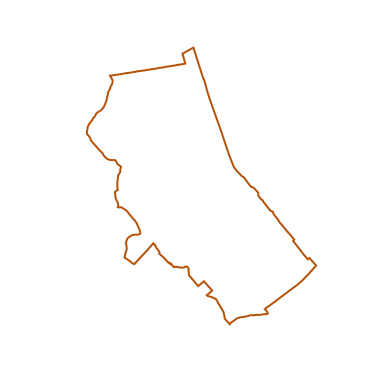 Lat Krabang, Bangkok Metropolis, Thailand, rotated 230°
{"feature_id": "78962969B46231034587858", "entity_name": "Lat Krabang", "entity_type": "district", "adm_level": 2, "iso_a3": "THA", "parent_name": "Thailand", "parent_adm1": "Bangkok Metropolis", "projection": "orthographic", "projection_center": [100.783, 13.745], "detail": "fine", "context": "isolated", "style": "outline", "palette": "amber", "viewbox_px": 384, "rotation_deg": 230, "n_neighbors": 0, "source": "geoboundaries", "source_scale": "gbopen_adm2", "svg_char_len": 5912}
<svg xmlns="http://www.w3.org/2000/svg" viewBox="0 0 384 384"><g transform="rotate(230 192 192)"><path d="M304.0,273.5L302.5,272.9L296.9,270.4L294.7,269.4L296.8,265.5L298.0,263.7L299.3,261.4L299.7,260.6L300.0,260.1L300.2,259.7L301.3,258.2L301.5,257.6L302.0,256.8L302.8,255.7L303.0,255.2L303.3,254.7L304.9,252.2L305.3,251.4L306.3,249.6L306.7,248.8L307.0,248.4L307.4,247.7L307.7,247.4L308.1,246.7L308.8,245.6L308.8,245.4L309.7,243.6L310.1,243.2L310.5,242.4L311.2,241.4L311.7,240.5L313.8,237.0L314.4,236.1L314.9,235.4L315.0,235.2L315.0,234.8L315.1,234.5L315.9,233.5L316.1,233.3L317.0,231.6L317.2,231.3L318.5,229.3L319.8,227.3L320.2,226.5L320.9,225.2L322.1,223.1L325.7,217.3L326.8,215.4L329.3,211.1L329.7,210.6L330.0,210.2L330.6,209.1L331.5,207.6L333.8,204.0L332.6,203.7L331.7,203.6L330.6,203.4L329.2,203.1L328.6,202.9L328.1,202.6L327.2,201.8L326.3,200.5L325.8,199.6L325.6,199.2L325.2,197.7L324.9,197.1L324.5,196.4L324.3,196.2L324.0,196.1L322.3,191.7L321.2,190.6L318.0,186.5L317.7,186.0L316.4,184.1L316.0,183.4L315.7,182.8L314.4,180.4L313.7,178.7L313.4,177.8L313.5,177.4L313.4,177.0L313.2,176.2L313.1,174.5L313.2,173.8L313.4,172.6L313.6,171.5L313.7,170.3L313.6,169.7L313.6,169.3L313.3,168.3L312.8,167.4L312.3,166.1L312.3,165.7L312.2,165.2L312.1,164.6L312.2,164.4L312.2,164.2L312.1,163.6L311.5,162.4L311.1,161.3L310.9,160.8L310.8,160.4L310.8,159.6L310.8,159.1L310.4,157.8L309.2,154.5L308.8,153.8L307.2,152.1L306.5,151.3L306.1,150.7L305.3,149.9L304.3,149.1L304.1,148.8L301.9,148.9L301.1,148.9L300.7,148.9L299.7,148.9L298.6,148.6L298.3,148.5L297.7,148.1L296.9,147.9L296.1,147.7L295.6,147.7L290.6,147.8L289.4,147.9L285.5,147.9L283.8,148.0L283.6,148.0L283.5,147.9L281.1,148.2L279.7,148.4L276.9,147.9L275.9,147.9L274.1,147.9L273.2,148.1L272.0,148.3L269.4,149.6L267.5,151.7L266.2,153.2L265.9,153.5L265.7,153.7L265.2,153.7L263.1,153.3L262.0,153.1L261.1,152.9L259.0,153.4L257.9,153.8L257.5,153.9L257.2,153.9L256.9,153.7L256.5,153.3L256.3,152.8L256.0,152.5L255.6,151.8L254.3,150.7L253.5,149.9L252.9,148.5L252.1,145.9L251.6,145.4L250.9,144.9L249.6,143.4L248.9,142.5L247.6,141.2L246.6,140.3L246.1,140.1L245.7,139.7L244.9,139.0L244.0,138.1L243.3,137.7L242.7,137.4L241.8,136.8L241.3,136.4L241.5,135.8L241.5,134.1L241.6,133.8L241.7,133.4L241.5,133.0L239.6,131.6L236.3,129.5L234.4,128.9L233.9,128.7L233.1,128.6L231.3,128.2L229.9,127.5L229.5,127.2L229.2,127.0L229.0,126.6L228.7,126.3L228.2,125.4L227.4,125.8L227.1,126.1L226.9,126.4L226.1,127.7L225.8,127.9L225.2,128.2L222.5,129.1L220.5,129.7L218.9,129.9L218.4,129.9L216.7,129.8L215.4,129.7L213.2,129.8L211.3,129.7L210.9,129.7L209.0,129.7L206.7,129.9L205.2,129.8L203.9,129.5L203.3,129.5L203.0,129.5L202.0,129.0L200.6,128.6L197.8,127.9L196.8,127.5L194.5,126.5L193.9,126.1L193.6,125.7L193.4,125.4L193.4,124.8L193.4,124.6L194.4,122.9L194.7,122.4L196.2,120.6L196.7,119.8L197.3,118.6L197.5,117.9L197.7,116.9L197.7,116.0L198.0,113.8L198.0,113.4L197.7,112.5L197.5,111.8L196.7,110.6L195.9,109.0L195.7,108.8L194.9,108.3L194.3,108.1L192.4,106.8L191.5,106.3L190.5,105.5L189.6,104.4L188.1,102.0L185.1,98.1L184.4,98.4L180.8,99.5L177.1,100.3L175.4,100.6L173.8,101.6L173.9,101.8L174.8,108.7L175.6,116.0L176.0,119.1L177.6,129.4L175.8,129.3L175.6,129.4L175.4,129.7L174.6,129.5L174.0,129.3L173.0,129.0L171.2,128.8L168.0,128.6L167.4,128.5L166.6,128.2L166.0,127.7L165.7,127.2L162.7,127.8L161.1,128.0L160.6,128.1L159.6,128.3L158.5,128.3L157.6,128.2L156.2,128.3L153.4,128.5L152.3,128.7L152.3,129.2L150.7,129.2L150.7,129.3L150.7,129.8L146.1,129.7L146.0,129.8L145.9,130.2L145.8,130.7L145.7,130.9L144.8,131.6L144.4,132.1L144.1,132.6L143.6,132.7L143.5,132.8L142.7,133.7L142.2,134.1L141.6,134.5L140.5,135.9L139.5,137.0L139.3,137.4L139.2,138.4L138.9,138.8L139.0,139.2L138.6,139.5L138.1,140.0L137.9,140.2L137.8,140.3L136.3,140.4L136.1,140.3L135.6,140.0L135.0,139.6L133.0,138.2L130.9,136.6L130.6,136.4L129.2,136.2L128.2,136.1L127.8,136.3L116.0,136.2L115.9,143.7L115.6,143.7L104.4,144.1L103.5,144.1L103.4,143.6L103.5,142.8L103.4,139.8L103.5,137.0L101.9,137.3L101.5,137.6L100.7,138.3L99.3,139.3L96.8,140.5L95.8,141.0L95.1,141.4L94.9,141.4L94.6,141.5L93.0,141.3L91.3,141.0L89.6,140.5L87.5,140.4L86.8,140.3L86.1,140.0L84.9,140.0L84.1,139.8L83.2,139.5L81.8,139.4L80.7,139.1L79.6,138.9L78.6,138.3L77.7,137.9L76.8,137.5L75.8,136.8L73.7,135.6L71.6,135.7L71.3,135.7L70.0,135.8L67.5,136.0L66.4,135.8L66.4,136.0L66.7,136.9L66.8,137.5L66.8,138.5L66.4,142.2L66.4,142.8L66.3,145.3L66.1,146.1L65.8,146.7L64.5,149.3L64.3,149.6L63.3,150.8L62.6,152.3L61.0,155.1L60.5,156.3L60.4,156.8L60.0,157.6L59.3,158.5L58.1,159.7L57.8,160.2L57.1,161.3L56.5,162.4L56.0,163.1L55.1,163.9L54.6,164.6L53.4,166.5L53.0,167.2L52.4,168.1L51.9,168.8L51.1,170.0L50.5,170.9L50.2,172.0L50.7,172.1L51.4,172.4L53.2,172.7L55.5,172.5L55.5,172.8L55.5,173.1L55.5,174.4L55.4,175.2L55.2,178.0L55.1,179.1L54.7,185.4L54.5,186.7L54.6,187.7L54.4,192.6L54.2,194.6L54.2,195.7L54.1,197.6L53.9,199.8L53.8,201.4L53.9,202.7L53.9,203.0L53.7,203.6L53.7,204.0L53.6,207.2L53.5,208.9L53.2,211.8L53.1,215.0L53.2,215.4L53.2,217.2L53.4,220.1L53.6,222.4L53.8,224.0L54.1,227.4L54.1,227.9L54.6,231.2L54.8,232.4L55.8,239.8L61.0,239.7L63.3,239.6L64.5,239.5L65.9,239.6L66.1,237.4L72.9,237.4L89.5,238.1L89.8,239.7L90.9,239.7L96.4,239.8L101.0,239.6L109.8,239.7L112.4,239.6L113.4,239.6L115.3,240.2L118.6,240.2L122.5,240.3L123.3,240.5L125.1,241.3L125.3,241.2L125.9,240.7L126.8,240.2L127.3,240.1L128.8,240.1L138.9,240.4L139.5,240.7L139.9,240.8L140.8,240.7L141.0,240.7L141.6,240.3L141.8,240.3L145.6,240.3L146.0,240.3L147.0,240.7L147.4,241.0L148.7,242.2L149.1,242.3L156.2,241.9L156.5,241.7L157.1,241.1L157.4,240.9L157.7,240.8L158.3,240.6L160.1,240.6L169.6,241.1L170.3,241.1L172.0,240.4L172.7,240.2L175.6,240.2L176.6,240.1L179.1,239.9L184.1,240.1L186.2,240.8L187.6,241.2L195.0,243.7L204.5,247.3L219.0,253.1L236.0,259.4L251.5,265.2L258.3,268.0L265.2,271.2L270.4,273.5L271.5,273.5L289.8,281.0L301.7,285.9L302.7,280.7L303.8,274.7L304.0,273.5Z" fill="none" stroke="#b45309" stroke-width="2"/></g></svg>